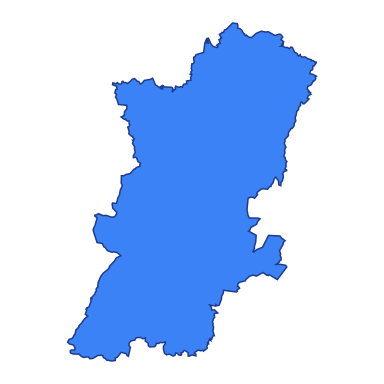 the district of Monte Escobedo, Zacatecas, Mexico
{"feature_id": "50627088B79961961900141", "entity_name": "Monte Escobedo", "entity_type": "district", "adm_level": 2, "iso_a3": "MEX", "parent_name": "Mexico", "parent_adm1": "Zacatecas", "projection": "orthographic", "projection_center": [-103.457, 22.38], "detail": "fine", "context": "isolated", "style": "filled", "palette": "blue", "viewbox_px": 384, "rotation_deg": 0, "n_neighbors": 0, "source": "geoboundaries", "source_scale": "gbopen_adm2", "svg_char_len": 5919}
<svg xmlns="http://www.w3.org/2000/svg" viewBox="0 0 384 384"><path d="M277.3,279.6L286.8,267.0L285.7,265.3L280.2,264.3L276.2,264.4L279.2,262.2L279.7,260.6L280.9,260.3L281.2,257.6L280.1,255.7L280.6,253.9L279.5,250.7L282.9,244.8L283.6,242.0L285.1,240.7L281.4,237.9L280.0,236.0L268.5,235.4L262.6,247.2L256.6,249.7L253.9,252.0L253.0,251.6L254.6,248.3L254.3,247.0L255.7,242.0L256.2,235.3L248.6,231.1L249.7,230.4L250.9,227.4L256.6,224.3L257.7,221.3L260.1,218.8L257.9,218.1L249.3,218.0L248.0,215.2L247.0,209.8L248.1,198.2L250.7,197.2L252.9,197.2L254.5,198.3L257.6,194.6L256.9,193.3L257.3,192.2L261.9,188.7L267.6,189.2L269.7,186.5L270.9,186.5L270.8,185.7L273.0,182.9L274.3,178.7L275.7,177.1L278.5,181.0L278.7,184.8L280.8,185.7L281.1,182.3L282.3,181.1L283.2,177.6L283.3,175.1L282.5,173.7L284.6,171.1L286.6,170.8L286.7,170.0L285.0,169.0L286.0,166.8L286.0,162.9L286.9,161.7L285.5,159.9L285.1,157.5L283.7,156.2L285.0,152.7L284.6,150.8L285.2,148.2L286.0,147.4L284.2,143.3L285.1,141.0L284.8,139.5L288.4,135.7L288.4,132.8L291.1,128.4L292.1,128.5L294.0,126.1L294.3,123.2L295.8,121.0L295.1,117.0L295.9,116.1L296.7,111.5L298.6,109.4L298.7,107.3L300.7,105.3L300.3,104.3L301.0,102.2L301.9,102.0L303.0,103.9L304.3,103.7L309.0,99.0L307.2,98.0L308.4,95.5L310.9,94.3L310.3,93.9L310.6,92.5L308.4,91.9L309.0,91.1L307.3,89.1L307.7,86.5L311.3,84.7L313.3,80.9L313.9,81.1L315.0,80.0L315.7,78.8L315.4,76.6L316.3,76.2L312.8,74.3L309.8,73.7L310.0,72.8L310.6,70.6L312.6,69.7L312.8,66.4L314.1,65.8L316.3,62.8L316.0,62.0L315.2,62.2L313.1,60.6L311.2,60.7L311.3,59.8L307.7,58.6L305.0,56.9L302.3,57.1L300.3,55.9L300.3,54.7L298.3,56.0L297.1,53.5L294.6,52.2L292.3,47.4L290.8,47.1L289.4,48.7L287.5,47.5L285.0,47.5L283.2,46.2L280.8,46.2L283.2,44.6L283.2,43.7L282.4,43.8L283.7,41.7L280.9,39.6L282.8,37.0L280.6,34.4L279.4,34.1L275.0,35.5L268.2,31.7L266.1,32.1L261.3,31.2L256.3,33.3L251.5,37.5L248.8,37.2L246.4,35.1L245.9,35.7L244.5,34.8L244.6,33.8L243.5,33.3L241.8,30.3L240.0,28.7L237.5,28.0L237.9,25.8L237.3,23.7L232.6,23.0L226.3,29.3L224.5,29.9L223.5,32.4L221.9,32.4L221.5,33.2L219.4,34.3L221.5,38.3L220.5,38.4L219.7,39.9L219.0,39.8L220.2,43.4L218.8,43.6L216.7,45.3L218.0,46.1L217.2,47.5L213.2,46.6L211.2,44.2L208.4,38.3L207.1,38.6L208.5,42.9L206.8,42.9L206.2,39.9L204.8,43.1L203.7,52.4L196.0,54.7L194.9,56.8L193.8,57.1L193.6,59.4L194.3,61.9L193.3,63.6L191.8,63.9L191.3,68.6L192.0,70.5L190.9,72.1L191.7,73.9L190.3,74.2L191.6,75.1L190.7,77.4L190.9,80.3L186.5,81.0L186.8,83.7L183.5,84.3L182.5,87.2L181.0,86.6L178.9,87.3L175.7,86.1L175.1,87.9L175.6,89.2L174.2,89.8L172.8,91.8L172.2,91.2L172.9,88.6L171.8,87.3L163.2,86.8L163.4,85.8L162.4,85.4L160.8,86.6L162.0,87.0L162.7,88.8L161.7,88.9L155.4,84.8L152.6,78.2L150.3,79.4L144.3,80.4L142.3,83.0L140.3,84.1L138.8,81.5L137.5,81.4L134.6,78.6L132.2,79.2L130.4,81.4L127.2,83.6L125.9,82.5L124.3,82.8L122.9,81.2L122.0,81.7L121.4,84.1L118.5,83.9L117.5,82.6L116.0,83.6L112.9,82.9L112.5,84.7L116.6,86.3L117.0,89.2L115.7,89.5L114.8,93.0L116.5,94.3L115.5,97.3L116.8,98.9L118.5,104.5L126.6,105.3L127.0,108.6L124.5,111.6L124.2,115.4L121.1,117.0L124.2,119.3L125.7,119.0L126.1,120.2L127.3,121.0L129.1,121.0L129.2,124.2L129.9,124.8L128.9,126.7L127.8,127.0L129.2,131.9L128.8,133.8L131.8,136.5L132.7,136.4L132.9,137.7L134.2,138.7L133.5,140.2L132.5,140.2L133.3,141.4L132.5,143.5L134.7,146.8L134.3,148.3L135.3,152.4L133.5,155.5L133.3,157.6L135.6,157.3L136.6,157.9L137.9,161.6L140.6,163.3L139.7,164.9L139.8,166.4L136.3,167.5L135.1,169.0L134.1,169.1L130.0,173.7L126.1,174.4L123.8,175.8L121.4,175.7L121.2,183.2L122.0,184.4L122.1,186.4L120.3,190.0L119.4,195.2L117.9,197.7L116.5,203.4L112.6,203.0L112.1,204.0L112.8,208.3L116.6,212.1L116.6,213.8L115.4,215.8L114.3,216.9L111.4,217.1L106.2,215.4L102.9,215.6L98.7,213.7L94.8,215.3L94.8,216.1L96.9,217.5L96.9,218.7L95.1,225.3L93.2,229.1L93.3,230.8L97.1,242.6L102.3,243.3L103.8,246.8L105.0,247.2L107.4,250.6L112.1,252.3L113.7,251.8L117.5,252.8L120.8,255.8L116.5,257.7L114.5,261.0L110.0,265.7L108.4,269.0L103.4,273.0L100.9,276.2L98.1,282.6L97.8,286.9L96.2,288.6L96.2,291.2L95.3,292.2L95.2,293.6L91.6,297.6L91.8,298.5L90.8,298.2L90.9,301.8L88.9,307.1L86.9,307.7L87.1,308.5L86.0,309.1L86.6,310.6L85.3,314.3L87.8,316.2L84.2,319.2L81.7,323.0L79.0,325.6L78.8,327.1L75.8,330.1L75.0,334.5L74.1,335.0L72.5,338.2L69.1,339.4L68.0,341.2L67.7,342.3L69.6,344.0L73.5,345.0L75.1,348.0L74.6,350.0L71.4,350.0L70.3,350.8L70.3,352.4L71.0,353.3L73.4,354.0L79.1,354.1L80.8,356.0L83.4,357.4L88.1,356.8L90.0,358.8L92.9,358.4L97.9,355.4L102.1,355.4L102.9,355.9L103.4,357.6L105.3,358.5L106.6,360.1L111.9,361.0L115.3,360.5L115.3,358.2L117.3,357.2L121.2,352.3L126.1,353.6L127.1,355.6L128.4,356.3L130.4,347.3L129.1,345.8L129.0,343.2L131.1,340.8L134.7,340.2L136.3,337.7L140.5,337.4L143.0,338.8L145.5,337.9L145.2,341.0L148.2,343.2L148.3,345.7L149.6,346.9L154.5,346.7L155.7,345.6L156.3,343.2L158.4,343.5L160.4,342.5L162.8,342.7L165.2,341.9L165.6,342.9L163.5,346.3L163.4,349.0L164.5,353.3L166.7,354.8L169.4,354.0L173.1,356.1L175.0,355.2L175.7,353.0L177.2,353.2L179.0,355.1L180.9,355.4L181.6,354.6L181.0,352.9L182.7,352.5L183.8,350.7L184.7,350.4L188.1,352.6L188.1,356.0L189.3,356.2L191.8,354.9L195.9,355.8L195.8,354.1L194.4,353.2L194.5,352.6L198.2,350.1L200.7,350.8L202.8,350.2L203.4,351.2L207.2,348.3L206.8,346.2L207.9,344.0L207.4,342.0L208.5,343.2L208.4,341.8L209.5,339.6L209.7,340.9L210.0,339.7L210.8,340.4L210.7,339.6L211.3,339.4L210.8,338.7L211.8,338.6L213.0,335.8L214.3,335.7L212.7,330.4L213.3,329.8L213.6,326.7L212.6,324.9L213.2,323.9L212.5,322.1L213.5,318.7L214.7,317.3L214.2,314.7L214.6,313.6L217.7,313.0L214.6,309.9L211.7,310.0L211.3,307.1L209.7,305.0L215.4,306.0L215.9,304.7L216.6,305.8L219.1,305.2L221.3,299.6L221.8,295.8L223.2,293.4L223.6,290.3L236.5,292.0L237.3,291.3L236.8,290.1L239.6,288.2L238.6,286.6L237.5,286.4L238.0,283.4L240.2,282.1L245.4,280.8L245.8,279.6L249.7,276.1L253.3,275.1L256.4,276.1L263.0,272.5L266.5,275.0L268.2,275.5L269.2,274.6L277.3,279.6Z" fill="#3b82f6" stroke="#1e3a8a" stroke-width="1.5"/></svg>